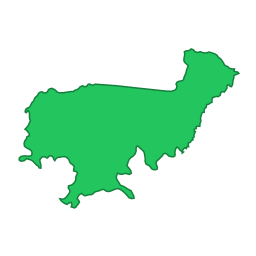 outline of Ponte Alta, Santa Catarina, Brazil, rotated 5°
{"feature_id": "56859067B55318119978612", "entity_name": "Ponte Alta", "entity_type": "district", "adm_level": 2, "iso_a3": "BRA", "parent_name": "Brazil", "parent_adm1": "Santa Catarina", "projection": "albers", "projection_center": [-50.297, -27.416], "detail": "fine", "context": "isolated", "style": "filled", "palette": "green", "viewbox_px": 256, "rotation_deg": 5, "n_neighbors": 0, "source": "geoboundaries", "source_scale": "gbopen_adm2", "svg_char_len": 4410}
<svg xmlns="http://www.w3.org/2000/svg" viewBox="0 0 256 256"><g transform="rotate(5 128 128)"><path d="M136.5,190.2L134.7,189.5L132.8,188.7L131.0,187.7L128.5,186.5L126.7,186.0L125.3,185.6L124.4,184.2L123.5,182.9L122.3,181.6L120.9,179.2L120.6,177.4L120.9,175.7L121.8,173.8L123.8,174.7L126.0,174.7L127.9,173.9L129.6,173.5L131.5,173.8L133.3,174.1L135.2,173.0L134.6,170.5L133.6,169.3L132.5,167.9L131.2,166.7L130.2,165.3L130.8,163.3L131.1,161.6L131.9,159.2L133.2,157.5L135.6,155.5L137.4,153.1L138.1,150.2L137.8,148.0L138.2,145.5L139.7,145.2L141.5,146.9L143.4,148.1L144.8,149.2L146.0,150.5L146.7,152.2L147.0,153.9L147.8,156.6L147.9,159.5L149.0,162.2L150.8,163.1L152.3,163.6L153.5,164.7L155.0,166.5L156.9,167.3L158.8,167.2L160.5,166.6L160.8,165.0L160.0,163.1L158.9,160.5L159.5,158.4L161.0,157.0L162.3,155.5L163.6,153.9L164.8,152.5L165.6,150.7L167.2,150.0L168.8,150.5L171.0,152.3L173.2,152.8L175.6,152.8L177.1,151.8L177.2,150.0L176.8,147.8L177.1,145.9L177.4,144.3L178.4,142.7L180.4,144.0L181.8,145.7L183.7,146.6L184.8,144.7L186.1,142.7L187.9,143.4L188.3,141.4L190.0,141.4L189.2,137.9L191.4,136.8L192.2,135.0L193.8,134.1L193.1,132.5L194.6,131.3L194.3,128.8L195.5,125.8L194.1,125.2L194.3,123.4L196.1,122.6L195.7,120.9L197.3,120.1L199.4,120.1L199.3,117.5L200.0,114.6L199.4,112.0L199.8,109.1L200.5,106.2L202.6,105.7L202.2,103.4L202.9,101.8L204.1,100.6L204.3,97.9L206.6,97.1L207.8,95.8L209.4,95.2L209.2,92.5L209.4,90.6L211.0,89.7L213.2,88.9L215.4,88.8L217.2,87.0L217.2,84.9L218.8,83.5L220.8,83.8L222.0,81.9L223.1,79.7L222.9,77.2L224.6,76.1L225.9,77.6L227.5,77.8L228.3,75.8L228.4,73.2L228.5,71.2L229.0,69.0L229.0,66.4L233.7,63.9L232.4,62.7L230.4,62.6L228.6,62.0L228.9,59.9L226.7,60.1L223.8,59.6L221.8,58.0L219.9,57.6L218.3,56.4L217.6,55.0L216.3,53.4L215.0,51.7L213.2,50.5L211.5,49.3L210.3,47.7L207.5,46.4L205.5,46.0L203.8,45.5L201.9,45.3L199.7,46.3L197.5,46.6L195.3,46.3L193.4,45.6L191.9,46.4L190.1,46.6L187.9,46.0L186.4,44.4L184.0,43.7L182.7,45.1L181.1,45.8L178.8,46.2L177.5,47.2L178.0,49.0L178.0,51.3L177.7,54.0L177.9,56.4L179.0,57.9L180.6,59.1L182.5,60.4L182.1,62.7L181.3,64.8L181.1,66.8L180.8,68.7L180.0,70.9L179.4,72.7L179.1,75.0L177.8,76.2L175.1,76.9L173.0,77.9L172.0,80.1L173.0,81.7L172.9,84.3L171.7,86.0L169.3,87.2L167.5,87.8L165.3,87.7L163.6,87.9L162.0,87.9L134.1,87.4L112.5,86.9L91.5,87.2L89.3,88.4L87.2,88.1L85.7,87.5L84.3,88.1L83.2,90.1L80.8,90.7L79.2,89.8L76.8,91.1L75.2,93.2L73.6,94.4L71.8,95.0L70.3,96.5L68.8,96.6L67.2,96.8L64.7,97.5L62.7,97.8L61.2,98.5L59.1,98.6L56.9,98.9L54.3,98.4L52.8,96.9L51.2,96.0L48.8,95.1L46.9,95.7L45.5,96.7L44.9,98.3L43.7,99.9L41.3,100.5L39.3,99.4L37.3,100.0L35.7,101.4L35.2,103.1L34.1,104.5L32.5,106.2L31.7,109.2L29.9,111.4L29.1,113.8L28.1,115.9L25.7,117.1L24.4,118.6L24.1,120.9L25.4,121.6L26.9,119.3L28.2,120.8L28.8,123.5L28.9,125.9L29.3,127.7L30.2,129.3L29.4,131.2L28.7,133.6L27.2,136.1L25.5,138.2L27.3,139.2L28.7,140.8L30.0,142.0L30.3,144.3L28.1,145.5L27.6,147.8L26.4,149.7L25.8,152.1L26.4,155.1L28.4,156.5L31.3,157.7L33.5,158.8L34.6,161.0L34.4,163.6L33.1,164.4L31.6,164.7L29.8,164.8L27.9,164.7L26.1,165.0L23.7,165.8L22.3,167.5L22.4,169.4L24.2,170.4L26.1,170.0L27.8,169.4L29.5,167.4L31.6,167.8L33.3,168.1L35.1,168.7L36.6,169.7L38.2,171.1L40.0,172.8L41.8,173.7L43.0,175.5L44.7,175.6L44.4,172.1L43.3,169.2L42.9,167.4L43.8,166.0L45.0,164.2L47.6,164.0L50.2,165.0L51.9,162.9L54.2,162.4L56.0,163.8L56.7,165.6L57.9,166.9L59.2,164.5L60.6,163.4L62.8,163.0L65.6,162.2L68.5,162.1L70.6,163.5L71.8,164.6L72.9,166.9L74.0,168.3L75.4,169.0L76.8,170.0L77.9,171.6L77.5,173.5L77.5,175.5L80.4,176.0L81.7,177.8L80.9,179.3L80.3,181.3L80.5,184.1L79.9,186.0L78.4,188.2L77.3,189.3L75.5,190.3L73.9,190.7L73.7,193.0L75.1,194.7L75.7,196.3L75.2,198.0L74.0,200.0L72.4,202.4L70.4,204.3L68.8,204.6L66.3,204.4L67.6,206.2L70.0,207.9L72.0,208.9L73.8,209.4L75.8,207.8L78.1,207.1L78.8,209.4L78.2,211.5L79.9,211.9L81.6,212.3L83.0,211.3L83.8,209.8L85.2,207.8L86.1,206.0L85.2,204.4L83.6,202.9L84.1,200.5L85.6,198.5L87.5,197.2L89.0,198.4L90.7,199.3L92.7,198.7L94.8,197.9L97.3,197.6L98.9,196.6L100.2,194.9L101.7,194.1L103.4,193.5L105.2,192.9L107.1,191.7L109.3,191.3L111.8,192.8L114.2,193.0L116.4,192.2L118.4,191.2L120.2,190.2L122.2,189.4L123.8,189.3L125.3,189.8L126.8,190.4L128.2,191.3L129.8,192.5L131.5,193.8L133.4,195.7L135.2,197.4L137.5,198.0L140.1,197.5L139.7,195.5L138.8,193.9L137.4,191.8L136.5,190.2ZM183.7,146.6L184.2,148.3L185.4,147.1L183.7,146.6Z" fill="#22c55e" stroke="#15803d" stroke-width="1.5"/></g></svg>